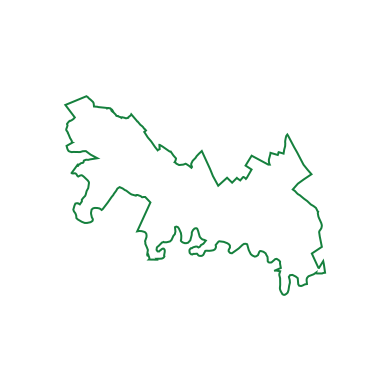 Alexandru I. Cuza, Iasi, Romania, rotated 335°
{"feature_id": "2599482B98432410141384", "entity_name": "Alexandru I. Cuza", "entity_type": "district", "adm_level": 2, "iso_a3": "ROU", "parent_name": "Romania", "parent_adm1": "Iasi", "projection": "albers", "projection_center": [26.859, 47.141], "detail": "fine", "context": "isolated", "style": "outline", "palette": "green", "viewbox_px": 384, "rotation_deg": 335, "n_neighbors": 0, "source": "geoboundaries", "source_scale": "gbopen_adm2", "svg_char_len": 6031}
<svg xmlns="http://www.w3.org/2000/svg" viewBox="0 0 384 384"><g transform="rotate(335 192 192)"><path d="M257.3,324.0L258.5,320.6L259.1,319.4L260.1,318.4L262.0,317.6L267.5,318.0L270.3,317.5L269.8,318.0L271.0,318.7L275.5,320.8L276.9,320.9L278.5,321.4L281.0,313.1L281.7,310.1L275.0,314.5L274.6,314.2L274.5,313.9L274.6,298.4L286.5,296.6L289.0,286.3L290.3,282.0L291.3,281.0L292.7,280.3L294.1,279.3L295.4,277.5L295.7,276.6L296.0,274.8L296.1,268.9L296.2,267.6L297.1,264.2L298.0,263.2L297.7,262.7L297.6,258.8L296.2,256.1L294.4,253.5L292.6,248.9L290.7,245.5L288.3,240.4L287.2,238.9L286.5,237.2L285.8,234.8L284.4,232.3L291.5,229.2L298.8,227.8L307.8,226.4L306.2,220.9L304.6,214.4L304.0,200.5L303.5,194.4L302.9,181.7L302.7,180.2L301.2,181.0L299.9,182.5L298.0,185.2L297.4,186.4L297.2,187.1L295.8,189.8L293.6,192.4L291.2,195.9L287.4,192.5L287.1,192.6L286.5,193.6L285.4,194.7L279.7,189.7L278.7,191.2L275.4,195.1L274.5,197.0L274.0,199.3L274.0,200.0L272.7,199.4L261.4,184.3L251.7,190.7L255.5,196.8L247.7,202.3L246.4,202.9L246.1,201.9L245.1,200.2L244.5,200.1L240.6,201.9L238.7,198.6L238.6,198.2L232.3,200.5L230.1,194.7L229.8,193.9L218.4,197.4L217.7,186.4L218.1,178.8L218.2,159.0L214.3,160.3L211.3,161.5L209.6,162.6L205.8,164.0L203.3,166.0L202.7,167.2L202.6,169.3L201.7,169.8L200.4,167.1L198.8,164.5L198.2,163.7L195.7,163.5L191.7,162.1L189.8,159.7L189.4,158.3L188.8,157.7L190.2,156.7L191.3,155.4L191.7,154.8L190.6,151.1L189.8,146.4L189.4,146.4L188.7,145.6L184.4,138.2L182.6,135.6L182.4,135.5L180.8,139.5L179.0,139.5L178.5,139.7L177.5,135.6L176.4,128.9L175.0,123.9L174.2,117.9L174.1,117.4L176.3,116.8L175.9,115.3L175.6,114.9L175.6,114.6L175.3,114.1L175.1,112.6L174.5,111.0L173.6,109.3L172.5,105.1L172.2,104.9L172.0,103.9L169.8,95.9L169.0,96.6L166.0,97.3L165.6,97.8L164.0,97.5L163.3,97.3L161.6,95.7L160.5,95.1L160.3,94.7L159.6,94.5L159.2,94.8L158.8,93.9L157.8,93.1L157.1,91.9L156.8,91.9L156.7,91.7L155.7,91.1L155.5,89.5L154.6,87.0L154.5,85.4L153.9,85.6L153.4,84.3L154.0,83.9L153.8,83.5L154.1,83.3L153.2,82.0L153.4,81.8L153.3,81.6L151.5,80.4L151.2,80.5L150.8,80.2L150.4,80.3L150.4,79.9L148.8,78.9L142.9,75.4L142.3,74.8L139.3,73.1L140.2,70.5L140.4,69.6L140.3,68.5L139.1,65.5L138.0,63.3L137.8,62.3L136.8,60.6L114.0,59.6L117.3,74.9L115.5,75.7L113.3,76.1L111.3,76.1L111.2,75.9L110.2,76.1L107.6,77.4L107.4,77.7L107.4,78.9L106.6,79.9L104.5,82.0L104.2,82.9L104.6,85.3L104.6,85.9L104.4,86.1L104.5,87.5L104.3,91.9L104.5,93.0L104.6,95.1L104.0,96.3L104.5,96.7L100.6,97.0L97.8,97.2L97.3,100.2L97.3,101.5L97.5,102.8L98.5,103.9L99.8,105.0L101.5,105.6L107.4,108.5L110.3,108.9L113.1,110.1L115.9,115.3L120.5,121.4L113.2,119.3L111.5,119.0L109.7,118.0L107.5,117.8L107.2,117.9L106.4,119.0L105.8,119.4L105.3,119.4L103.7,119.0L102.7,119.1L101.8,119.5L100.9,119.2L100.6,119.3L99.9,120.1L99.6,120.2L99.1,119.9L99.2,119.3L90.9,123.9L91.0,124.2L91.9,124.9L93.7,125.5L94.3,126.0L94.8,127.1L94.9,128.8L95.4,129.9L97.7,129.8L99.1,130.2L99.6,130.8L100.5,132.6L102.4,137.5L102.7,139.1L102.5,140.2L99.6,144.6L96.9,146.6L94.6,149.4L93.5,150.4L91.1,151.3L88.9,152.4L88.5,153.4L88.2,154.0L85.1,155.8L83.8,153.9L83.4,153.9L82.6,153.4L81.4,153.2L79.8,154.6L77.0,157.8L76.8,159.6L77.3,162.2L77.1,164.4L76.2,166.8L76.9,168.6L79.5,172.4L81.7,174.7L83.9,175.7L87.3,176.5L89.5,176.2L90.4,175.3L90.7,174.1L90.5,172.8L91.3,169.1L91.8,168.0L93.6,165.5L95.5,165.0L97.0,165.3L99.3,166.4L101.2,167.8L102.1,169.2L102.5,170.1L103.8,169.8L111.1,166.0L117.1,162.5L119.3,161.5L120.5,160.6L123.7,158.9L125.8,157.4L128.4,157.0L130.6,159.4L132.0,161.9L133.0,163.0L135.0,166.9L136.1,168.6L139.6,171.6L140.2,171.2L141.4,171.7L143.4,173.7L144.2,174.8L144.4,175.5L145.0,175.9L145.8,176.0L147.5,176.8L149.9,183.9L125.7,204.5L127.6,205.0L129.7,206.1L131.4,207.5L132.3,208.4L132.7,209.3L132.9,210.7L132.4,212.3L131.7,213.6L128.7,216.7L128.2,218.6L127.8,219.2L127.7,223.1L127.5,225.9L124.8,230.0L124.8,230.5L125.9,230.1L125.9,230.3L125.7,231.2L125.6,233.0L125.2,234.7L124.4,235.0L132.0,238.7L132.2,238.2L132.0,237.7L134.7,238.9L136.5,239.6L138.0,239.6L138.9,239.3L139.8,238.7L139.9,237.7L142.0,234.7L142.7,233.2L142.7,232.4L142.4,231.4L141.8,231.0L140.2,231.0L138.9,231.5L138.1,231.5L137.1,232.0L135.7,231.3L135.4,229.5L136.6,227.6L137.4,227.1L138.9,226.8L143.5,225.1L144.5,225.3L145.1,225.2L145.7,225.9L147.7,226.8L149.6,227.2L151.2,227.5L153.2,226.8L156.7,223.8L158.6,223.0L160.3,220.8L161.7,216.7L163.1,216.7L164.3,217.8L164.7,219.6L164.6,224.5L163.8,227.2L162.2,230.3L161.6,230.9L161.3,231.6L161.7,232.8L162.4,233.9L163.7,235.2L165.0,235.9L166.9,236.3L170.0,235.1L173.6,230.8L174.8,228.5L176.7,227.0L178.8,226.2L180.4,226.5L181.2,227.4L181.1,229.7L180.1,235.8L180.5,237.5L181.3,239.3L182.9,240.6L184.0,241.9L180.5,243.7L177.6,243.9L176.3,244.8L175.0,245.0L174.4,245.0L173.6,243.7L172.6,243.1L169.8,242.6L168.0,242.9L167.7,242.6L167.1,242.5L165.5,243.2L164.8,244.2L164.2,246.1L164.3,246.6L164.9,248.1L166.0,248.8L167.0,248.6L167.4,248.9L170.4,250.0L170.5,250.1L171.0,252.1L171.6,252.9L173.2,253.8L174.3,254.0L175.5,253.8L176.2,253.4L177.4,252.3L178.0,252.0L178.8,251.2L179.2,251.0L180.0,251.2L183.0,252.7L184.8,253.3L186.8,253.8L188.2,253.7L189.3,253.2L190.3,252.2L190.7,251.5L191.0,250.1L195.0,248.2L195.9,248.2L199.7,250.6L202.4,253.4L203.4,255.1L203.7,256.5L202.9,258.4L200.9,259.9L200.2,261.0L200.4,262.3L200.9,263.5L202.3,264.4L210.5,262.9L215.3,261.3L217.2,261.0L218.9,261.7L219.9,262.7L218.9,268.6L219.0,273.1L219.9,275.1L221.6,277.1L223.1,277.4L225.1,277.1L227.7,274.7L228.8,274.3L229.8,274.9L231.5,276.4L232.8,278.7L232.8,280.7L233.0,282.7L232.1,285.2L231.4,286.6L231.6,288.0L232.8,288.9L234.3,289.4L239.1,288.0L240.5,288.4L241.8,290.4L242.4,292.3L241.5,294.1L240.4,298.4L233.1,298.2L234.5,298.5L235.6,299.1L238.4,301.1L236.5,303.2L236.0,304.2L235.4,307.4L232.7,313.4L231.0,316.3L230.6,317.7L230.5,319.7L230.8,322.9L231.6,323.9L232.6,324.4L234.5,324.2L236.2,323.6L238.0,321.7L240.4,318.1L242.4,315.6L243.4,313.0L243.9,309.9L245.7,308.8L248.0,309.6L250.3,312.5L251.4,314.8L249.3,320.5L249.5,322.2L251.1,323.3L252.6,323.5L255.1,323.4L257.3,324.0Z" fill="none" stroke="#15803d" stroke-width="2"/></g></svg>